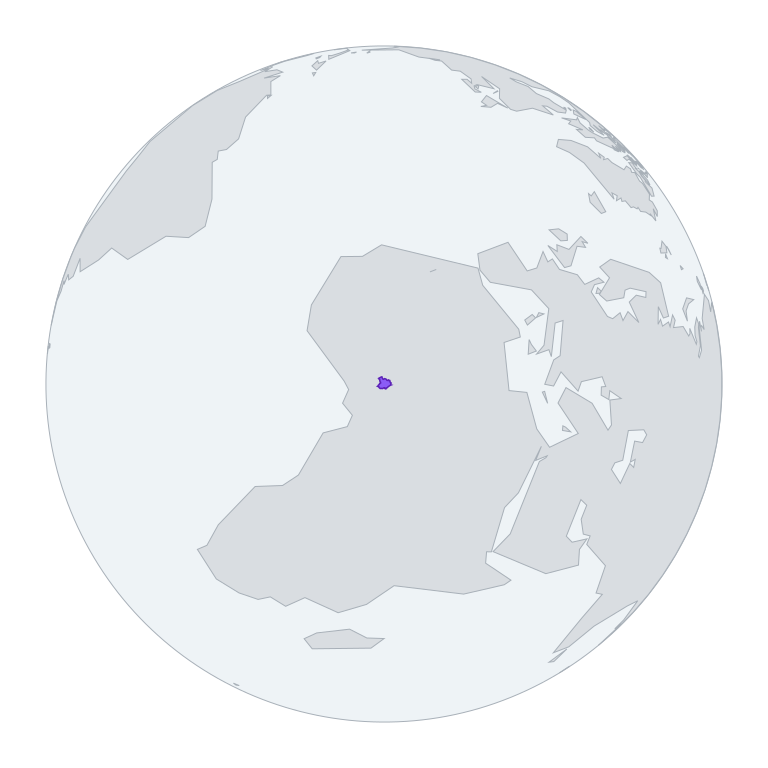 the Earth from above Zamfara, rotated 62°
{"feature_id": "NGA-2872", "entity_name": "Zamfara", "entity_type": "State", "adm_level": 1, "iso_a3": "NGA", "parent_name": "Nigeria", "parent_adm1": "", "projection": "orthographic", "projection_center": [6.327, 12.019], "detail": "fine", "context": "on_globe", "style": "filled", "palette": "violet", "viewbox_px": 768, "rotation_deg": 62, "n_neighbors": 0, "source": "natural_earth", "source_scale": "10m", "svg_char_len": 10186}
<svg xmlns="http://www.w3.org/2000/svg" viewBox="0 0 768 768"><g transform="rotate(62 384 384)"><circle cx="384" cy="384" r="338" fill="#eef3f6" stroke="#a8b0b8"/><path d="M284.5,61.0L266.4,67.4L272.1,65.5L261.6,70.2L264.2,70.1L256.6,73.2L265.3,70.7L271.8,67.9L277.7,66.1L279.9,66.2L270.6,69.8L268.1,70.3L266.5,71.5L260.9,73.4L264.9,72.5L253.3,77.6L267.8,72.9L261.2,77.2L252.7,80.6L249.7,79.7L222.4,88.9L212.9,93.9L202.5,100.8L191.0,113.8L182.0,120.2L172.8,129.3L179.4,125.3L189.0,117.1L199.1,113.1L209.7,104.6L215.3,102.1L227.8,94.5L230.0,96.5L225.4,103.0L215.2,109.8L212.9,113.3L226.0,108.2L210.2,123.4L205.4,138.8L200.9,143.3L186.0,148.0L177.6,143.3L158.3,153.5L174.9,148.3L163.3,161.3L163.1,164.5L166.1,165.2L172.1,161.1L169.0,166.4L151.5,172.3L154.0,167.6L159.6,165.4L155.5,163.9L143.6,169.8L138.6,176.9L125.9,181.5L122.2,186.9L117.3,191.6L124.1,182.3L111.7,199.7L95.9,214.0L78.8,246.9L91.2,219.0L92.9,213.9L93.4,211.7L90.4,216.8L91.5,214.8L104.9,193.5L119.9,173.1L136.4,154.0L154.3,136.2L173.5,119.7L193.8,104.7L215.2,91.3L237.5,79.5L260.7,69.4L284.5,61.0ZM70.3,258.4L70.2,258.8L65.5,271.2L70.3,258.4ZM59.3,290.5L58.0,297.3L52.4,320.2L50.3,334.1L51.7,333.8L52.3,342.6L56.3,331.0L61.1,327.0L57.6,346.3L63.1,330.7L63.8,341.9L75.7,348.2L73.9,352.1L83.3,380.9L99.3,397.3L103.0,413.0L100.5,421.0L107.4,425.8L107.6,431.6L140.0,449.1L160.8,467.9L163.0,487.8L151.2,507.1L153.7,551.8L136.1,560.6L140.5,577.8L142.2,599.6L130.3,593.3L143.0,607.9L144.0,613.5L138.8,611.2L145.9,619.9L142.5,618.0L150.4,625.5L157.0,633.8L169.1,644.4L176.0,650.3L157.8,635.0L140.7,618.5L124.9,600.9L118.8,593.4L105.2,573.8L74.8,511.2L68.8,496.8L60.0,476.7L48.3,422.3L47.2,404.1L46.5,393.5L49.0,369.8L51.2,342.8L51.0,337.7L49.2,345.9L51.3,324.6L51.9,321.6L59.3,290.5ZM73.6,257.7L71.4,280.3L67.9,278.6L69.4,276.3L71.0,268.0L72.3,258.9L70.5,259.3L73.6,257.7ZM83.4,242.5L83.4,240.2L84.0,241.1L83.4,242.5ZM225.7,94.0L226.6,94.3L223.8,95.5L225.7,94.0ZM230.2,90.8L226.2,92.1L227.7,90.8L230.1,90.0L230.2,90.8ZM234.7,89.6L230.9,88.3L233.7,86.2L245.3,81.6L234.7,89.6ZM272.9,67.1L266.1,70.0L269.8,67.7L272.9,67.1ZM273.8,66.2L276.5,63.7L287.6,60.1L284.4,61.3L297.2,57.5L301.3,56.8L295.2,58.9L287.2,61.1L294.9,59.3L273.8,66.2ZM280.4,65.3L280.0,64.8L289.6,61.5L292.2,62.0L288.2,62.8L280.4,65.3ZM307.4,54.9L311.5,54.0L315.2,53.3L302.3,56.6L299.0,57.0L307.4,54.9ZM287.2,63.6L293.3,62.5L290.7,64.2L281.5,65.6L287.2,63.6ZM291.0,60.6L295.6,59.3L293.9,60.1L291.0,60.6ZM285.1,70.9L284.3,69.7L289.2,67.8L285.1,70.9ZM295.7,62.0L296.6,61.4L298.4,60.7L301.8,60.4L295.7,62.0ZM307.0,55.8L307.7,56.0L312.6,54.4L316.8,54.0L307.4,56.5L313.2,55.3L314.6,55.2L305.5,57.4L307.0,55.8ZM310.9,58.2L300.4,62.2L300.7,64.5L296.3,66.1L296.6,62.2L310.9,58.2ZM308.5,57.5L309.0,58.2L303.3,59.5L299.4,59.8L308.5,57.5ZM323.0,53.0L319.0,52.9L321.1,52.5L323.0,53.0ZM312.1,58.5L314.5,57.6L312.7,58.5L312.1,58.5ZM320.9,54.3L319.2,54.1L321.7,53.6L320.9,54.3ZM321.0,56.2L317.6,57.3L314.9,57.4L321.0,56.2ZM321.9,55.1L325.8,54.4L316.0,56.8L320.7,55.1L321.9,55.1ZM323.6,53.8L324.5,53.4L324.0,53.9L323.6,53.8ZM333.2,55.7L321.5,58.7L315.5,58.7L327.7,55.6L333.2,55.7ZM192.7,662.5L199.0,666.7L199.3,667.0L192.7,662.5ZM191.1,660.5L191.9,660.0L195.0,662.0L195.2,662.9L191.1,660.5ZM715.3,317.3L714.9,315.5L707.2,286.8L708.5,295.2L704.8,283.0L694.5,261.7L694.2,273.5L696.4,312.1L702.8,344.2L700.8,360.6L683.5,319.2L672.2,290.0L668.1,294.9L648.4,273.8L620.8,280.3L614.9,273.3L610.1,278.5L596.0,273.4L586.2,261.9L578.5,264.4L604.0,294.5L612.0,292.2L616.0,277.5L621.8,289.1L635.2,297.3L627.4,330.2L583.2,366.4L575.6,342.9L525.4,283.2L525.1,275.8L524.8,275.0L524.0,273.6L522.7,285.9L512.9,274.3L543.2,316.4L549.7,335.6L582.6,368.0L580.3,372.2L589.9,378.4L616.8,364.0L617.7,372.1L606.9,412.3L566.8,469.8L570.4,502.9L564.4,531.9L535.5,554.1L534.1,575.2L518.6,584.3L515.1,596.3L500.4,610.1L477.4,623.6L442.4,626.4L443.3,616.1L430.5,596.4L414.0,545.9L426.0,521.2L424.2,502.3L398.6,460.7L404.4,436.4L396.8,426.6L381.5,429.6L372.3,417.8L362.7,417.8L300.8,426.9L280.1,411.0L251.3,362.2L261.2,343.1L260.0,320.8L325.8,246.6L343.2,250.5L398.9,239.3L406.5,241.6L403.7,258.5L448.5,276.7L458.5,261.8L495.4,270.2L517.6,267.5L518.9,235.7L482.5,239.3L472.6,225.0L498.7,209.3L529.9,207.9L527.0,202.4L504.2,192.1L508.2,181.4L495.9,187.8L503.3,192.8L495.8,197.5L488.6,193.4L490.3,189.4L480.0,188.0L474.6,208.6L481.4,216.0L456.4,222.0L465.4,235.2L459.7,242.2L442.4,222.8L441.7,215.2L412.0,196.1L410.5,204.3L438.4,223.4L431.1,222.3L429.2,235.2L424.9,224.5L394.8,203.1L370.1,209.6L344.1,242.4L328.5,245.8L313.0,240.0L317.1,208.0L351.4,204.5L353.3,194.6L341.7,181.4L353.1,182.0L352.6,176.6L365.2,175.3L378.3,162.0L390.3,160.0L391.1,144.6L397.4,142.0L395.1,151.5L400.0,157.8L429.3,155.0L433.7,151.4L431.9,142.1L440.2,143.2L434.6,134.6L449.4,130.1L426.8,129.0L424.0,119.6L430.5,112.2L425.5,109.3L414.9,121.7L414.3,127.1L420.4,131.8L415.3,148.4L406.1,151.8L396.1,135.0L382.0,138.6L380.3,125.3L409.9,97.5L424.5,92.2L457.8,100.9L456.9,106.3L444.5,105.5L460.0,114.0L456.8,109.5L463.7,110.9L462.8,103.7L467.7,104.5L458.5,96.8L464.4,97.0L470.1,101.9L473.7,92.9L484.7,92.4L483.2,90.2L478.4,87.9L495.5,89.6L493.6,87.9L487.3,86.6L479.5,82.8L472.3,77.0L478.6,77.9L482.0,80.0L498.8,86.7L507.0,93.3L508.8,93.2L503.2,87.7L482.8,79.5L476.7,75.9L486.6,79.0L482.5,77.5L481.5,76.1L486.3,75.8L475.5,72.3L455.3,59.0L462.7,58.3L473.7,61.7L466.2,56.8L475.1,58.6L469.3,57.1L465.3,56.0L488.2,62.6L510.6,70.7L532.4,80.4L553.4,91.6L573.6,104.3L592.9,118.4L611.1,133.8L628.2,150.4L644.0,168.2L658.6,187.1L671.8,206.9L683.6,227.7L693.9,249.2L702.6,271.4L709.7,294.1L715.3,317.3ZM307.4,284.1L306.6,290.7L306.6,290.8L307.4,284.1ZM566.2,223.3L582.8,222.0L569.6,204.3L574.9,202.7L568.5,197.6L568.6,203.1L552.1,189.5L557.1,183.2L552.2,175.9L546.4,176.1L539.8,190.1L563.4,209.0L562.0,217.2L566.2,223.3ZM76.2,348.2L77.2,352.8L74.9,351.7L76.2,348.2ZM64.9,285.7L65.6,287.5L65.1,291.2L64.1,291.1L64.9,285.7ZM76.9,298.0L78.9,301.4L75.7,301.2L76.9,298.0ZM71.6,283.5L75.2,296.2L69.3,298.3L67.4,290.7L70.1,291.3L71.6,283.5ZM78.0,252.4L77.9,254.6L76.2,257.7L78.0,252.4ZM83.9,243.4L83.5,243.3L84.6,240.2L83.9,243.4ZM164.3,160.9L165.6,160.6L167.6,162.4L164.4,163.7L164.3,160.9ZM189.9,159.6L184.4,168.2L186.1,162.6L180.6,165.5L177.4,158.1L198.5,145.2L189.5,152.0L189.9,159.6ZM179.1,146.1L178.7,151.3L178.3,146.2L179.1,146.1ZM337.6,151.9L343.3,154.7L340.6,160.7L325.4,165.9L329.0,156.9L337.6,151.9ZM352.0,157.5L346.2,140.9L355.5,137.9L351.3,142.2L358.0,141.9L353.0,148.9L367.4,163.4L366.0,169.9L338.6,174.3L348.3,168.8L342.2,166.0L352.0,157.5ZM315.2,112.7L312.9,108.0L336.0,107.3L335.5,112.0L320.3,116.7L311.9,114.0L315.2,112.7ZM255.8,82.7L253.4,82.7L256.0,81.5L260.1,80.5L255.8,82.7ZM284.3,70.5L269.0,82.2L265.5,82.6L260.7,90.4L249.6,94.5L253.0,89.1L240.9,98.8L239.5,95.6L232.4,102.3L241.2,89.9L239.5,88.2L245.6,88.3L255.9,84.3L259.9,82.1L269.7,75.1L271.1,70.6L281.6,66.8L288.6,65.4L289.8,65.9L282.6,68.0L289.5,67.2L280.1,70.7L284.3,70.5ZM364.5,64.1L355.6,64.0L367.7,67.4L358.4,69.1L360.4,69.4L355.1,72.2L352.1,76.4L347.3,76.8L348.2,78.3L344.7,80.6L344.3,83.0L335.6,84.9L334.5,88.2L331.0,87.4L331.3,92.7L327.2,89.7L322.3,93.0L328.9,94.1L282.8,103.6L266.7,111.5L255.5,120.2L249.9,115.2L256.8,104.5L270.2,92.9L286.5,86.6L281.0,86.1L287.2,83.1L289.0,84.8L289.9,80.6L295.5,78.8L307.5,71.5L305.4,67.7L309.8,65.3L313.3,66.0L315.1,63.3L324.8,63.1L328.2,61.6L341.0,60.5L346.0,63.4L349.3,61.6L359.3,61.4L364.5,64.1ZM336.8,55.4L344.9,57.3L343.8,59.6L321.8,60.7L317.5,62.1L303.4,64.0L305.4,61.0L309.2,60.6L313.4,59.7L311.1,60.9L316.1,59.2L321.5,58.9L326.9,57.6L328.0,58.4L336.8,55.4ZM412.9,235.0L418.3,235.3L426.4,234.0L425.4,242.7L412.9,235.0ZM392.2,220.5L396.8,219.1L399.3,229.7L393.6,229.7L392.2,220.5ZM397.2,209.9L396.8,218.2L393.7,213.8L397.2,209.9ZM399.2,150.2L403.8,148.7L405.2,150.8L403.6,154.3L399.2,150.2ZM398.4,78.0L393.6,76.7L394.4,75.8L388.4,71.5L394.8,70.4L401.0,72.6L398.4,78.0ZM513.9,241.6L508.8,248.2L504.9,245.7L507.4,243.9L513.9,241.6ZM465.9,245.6L477.9,248.6L465.5,248.0L465.9,245.6ZM404.4,76.1L401.2,74.3L406.4,74.9L404.4,76.1ZM399.2,69.5L405.0,69.8L394.9,69.8L399.2,69.5ZM582.3,653.4L580.3,656.1L577.4,657.4L582.3,653.4ZM611.1,519.5L584.1,571.7L571.4,574.1L572.2,560.3L584.3,529.5L600.2,518.4L608.8,503.4L611.1,519.5ZM721.4,364.9L720.3,353.7L720.4,352.4L721.4,364.9ZM703.8,346.9L708.8,364.4L707.1,368.9L703.8,346.9ZM454.9,70.9L456.2,77.5L461.3,83.0L471.0,86.6L457.9,85.0L450.0,76.4L454.9,70.9ZM454.6,60.0L446.2,57.9L449.3,57.7L451.7,58.2L454.6,60.0ZM449.9,59.5L440.5,59.2L435.4,57.4L443.8,57.9L449.9,59.5ZM422.7,65.8L422.7,67.7L418.4,66.9L422.7,65.8ZM452.4,53.1L454.1,53.4L449.6,52.5L449.8,52.6L452.4,53.1ZM438.3,50.5L439.8,50.7L436.0,50.1L438.3,50.5ZM445.7,52.1L439.5,50.7L449.2,52.7L445.7,52.1Z" fill="#d9dde1" stroke="#a8b0b8" stroke-width="1"/><path d="M386.5,377.2L386.6,377.4L386.9,377.8L387.1,378.0L387.3,378.2L387.5,378.2L387.7,378.3L388.1,378.3L388.2,378.2L388.1,378.9L388.3,381.3L388.4,381.6L388.4,381.9L388.6,382.2L388.7,382.5L388.7,382.8L388.8,383.0L388.8,383.3L388.6,383.7L388.5,383.9L388.6,384.0L388.8,384.1L389.2,384.4L389.2,384.7L389.1,384.8L388.9,384.7L388.8,384.8L388.7,385.0L388.4,385.4L388.2,385.4L387.7,385.3L387.4,385.5L387.2,386.5L387.4,386.9L387.3,387.1L387.3,387.3L387.3,387.6L387.2,387.8L387.1,388.0L386.6,388.4L386.5,388.5L386.4,388.7L386.3,389.3L386.2,389.4L386.2,389.5L385.5,389.8L385.4,389.8L385.2,389.8L384.9,390.0L384.7,390.0L384.6,389.9L384.2,389.8L383.9,389.9L383.8,390.1L383.7,390.2L383.7,390.3L383.4,390.4L383.4,390.5L383.0,390.8L383.0,390.4L382.5,389.7L382.3,389.4L382.2,388.4L381.8,387.7L381.5,387.7L381.4,387.5L381.6,387.0L381.6,386.6L381.3,386.4L381.1,386.3L380.7,386.2L380.5,386.3L379.6,386.3L379.3,386.3L378.8,386.0L378.7,385.9L378.2,385.8L378.0,385.7L377.8,385.8L377.7,385.9L377.7,386.0L377.2,386.1L376.9,386.0L376.7,385.9L376.5,386.0L376.5,383.2L376.7,382.5L377.6,382.7L379.4,382.6L379.6,382.3L379.6,381.8L379.5,381.4L379.5,381.0L379.8,380.8L380.1,380.4L380.3,380.1L380.6,379.9L381.9,379.7L382.1,379.7L382.3,379.6L382.5,379.3L382.4,378.2L382.5,378.1L382.8,377.9L383.3,377.8L383.5,377.9L383.7,377.6L383.7,377.3L383.8,377.3L384.1,377.3L384.3,377.3L384.5,377.4L384.6,377.5L385.2,377.7L385.7,377.7L386.2,377.4L386.4,377.2L386.5,377.2Z" fill="#8b5cf6" stroke="#5b21b6" stroke-width="1.5"/></g></svg>